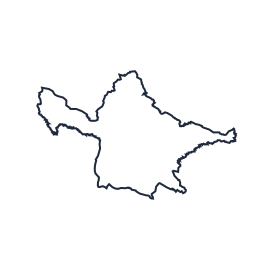 outline of Kumphawapi, Udon Thani, Thailand, rotated 128°
{"feature_id": "78962969B78626790944286", "entity_name": "Kumphawapi", "entity_type": "district", "adm_level": 2, "iso_a3": "THA", "parent_name": "Thailand", "parent_adm1": "Udon Thani", "projection": "equal_earth", "projection_center": [102.971, 17.074], "detail": "fine", "context": "isolated", "style": "outline", "palette": "slate", "viewbox_px": 256, "rotation_deg": 128, "n_neighbors": 0, "source": "geoboundaries", "source_scale": "gbopen_adm2", "svg_char_len": 5779}
<svg xmlns="http://www.w3.org/2000/svg" viewBox="0 0 256 256"><g transform="rotate(128 128 128)"><path d="M171.7,206.4L171.7,205.7L171.3,205.5L171.2,205.1L171.9,204.6L171.4,204.7L171.3,203.9L171.5,203.8L171.3,203.4L172.0,201.9L171.4,201.2L171.3,200.3L171.6,200.2L171.8,199.2L172.5,198.8L171.9,198.5L171.8,197.5L172.1,197.7L172.1,197.3L172.8,196.9L172.3,196.8L172.5,195.7L173.3,195.7L173.2,193.5L173.5,193.9L173.7,193.2L174.1,193.3L174.9,193.9L175.4,193.1L175.0,192.6L175.6,191.9L176.4,192.3L175.7,191.3L176.0,190.5L176.0,189.1L176.8,188.3L176.6,187.6L177.0,186.9L177.2,185.4L177.9,185.5L177.9,184.8L177.3,184.1L177.8,183.5L178.2,183.7L178.1,182.9L178.4,183.2L178.7,182.8L178.3,182.7L178.1,181.8L177.7,181.5L177.9,182.7L176.9,182.9L177.3,180.6L176.9,180.0L176.6,180.3L176.8,181.1L176.5,181.0L175.9,181.9L175.6,181.8L176.0,181.4L175.2,180.8L173.9,181.5L172.3,184.6L171.3,184.4L170.8,183.6L170.0,184.1L167.8,183.5L167.7,184.0L166.8,183.9L166.5,183.0L165.5,182.1L166.0,180.1L164.9,179.5L164.5,180.1L164.1,179.5L164.0,178.5L164.5,177.6L164.1,176.6L164.7,175.9L164.1,175.6L164.3,174.7L163.2,174.6L163.8,173.9L163.5,173.5L163.0,173.7L163.2,172.7L162.6,172.8L162.5,171.4L162.2,171.5L162.4,171.9L162.0,172.3L161.7,171.6L161.0,171.4L161.4,170.1L160.2,168.7L160.5,167.6L159.9,167.1L160.0,166.1L160.2,166.5L160.7,166.1L160.3,164.9L161.0,164.0L160.5,162.6L160.9,159.7L159.6,158.6L159.5,156.8L159.0,157.4L158.5,156.9L157.7,157.3L158.0,157.0L157.5,156.0L157.8,155.1L157.5,154.9L157.7,154.3L157.1,153.9L157.4,153.8L157.1,153.3L156.8,154.0L156.1,153.5L156.0,154.0L155.8,153.2L154.9,152.6L154.8,152.2L155.7,151.0L155.0,149.4L155.3,149.2L155.0,148.8L155.3,148.8L155.0,148.1L155.3,147.8L154.8,147.0L154.7,145.3L153.9,144.8L153.8,144.2L155.0,143.3L154.8,142.4L158.2,140.5L161.3,137.4L168.4,134.5L172.7,134.0L173.1,133.1L176.8,131.5L180.1,129.5L182.6,127.4L183.9,125.4L184.8,120.5L187.1,119.0L189.3,118.2L191.7,116.5L192.6,115.3L192.4,114.4L189.4,112.0L188.8,109.9L188.7,107.8L187.0,108.4L183.9,108.3L184.2,103.8L183.5,100.7L182.1,98.4L179.5,96.5L177.0,92.9L175.6,91.9L175.3,91.1L174.8,91.1L174.5,90.0L174.3,90.0L174.2,88.9L173.9,88.7L174.3,86.9L172.5,83.5L172.9,82.5L172.4,78.2L169.8,72.1L168.6,70.1L168.6,69.1L169.3,67.4L169.0,66.0L168.2,64.8L166.9,66.3L166.6,67.6L165.4,68.7L161.1,67.5L156.8,69.7L152.8,69.6L151.9,69.0L150.9,60.9L149.9,56.5L149.0,56.1L149.1,55.3L148.3,55.3L148.2,53.2L148.6,53.1L148.5,51.5L148.7,51.0L146.4,51.0L146.3,47.4L144.7,46.8L145.5,44.5L143.7,43.6L142.3,43.6L141.2,44.3L141.0,46.0L140.3,46.8L141.0,49.0L141.0,50.9L141.3,51.6L139.1,53.1L137.4,55.5L138.1,56.4L137.7,57.4L137.1,61.8L134.6,66.1L133.9,65.9L133.8,65.1L133.2,64.8L131.7,61.5L128.3,63.8L125.6,63.4L124.6,64.4L124.9,66.1L124.5,66.7L125.0,67.3L124.6,67.1L124.6,67.6L123.5,68.0L123.3,67.6L123.1,68.2L122.7,67.8L122.3,68.3L122.0,67.9L121.7,68.1L121.6,67.4L121.0,68.5L120.8,68.3L121.0,68.0L120.6,68.0L120.1,67.3L119.1,67.5L118.9,66.7L117.9,66.8L117.6,66.2L117.0,66.9L116.8,65.7L115.6,64.8L115.0,65.1L114.0,65.0L113.4,66.0L113.2,65.6L112.7,65.7L112.9,65.2L112.5,65.2L112.3,64.4L112.1,65.5L111.6,65.3L111.5,64.7L110.4,65.1L110.4,64.6L109.8,64.8L108.8,64.0L108.8,63.5L108.2,62.9L107.4,63.1L105.5,61.0L104.3,62.4L103.6,62.4L103.5,62.0L103.2,62.5L102.4,62.1L102.5,61.8L101.7,61.9L101.1,60.8L101.1,61.6L100.2,61.1L99.5,60.6L99.3,59.9L98.6,59.9L98.4,60.5L98.0,60.3L98.0,61.2L97.8,60.7L97.7,61.1L97.4,60.7L97.1,60.9L96.9,60.3L96.2,60.5L95.3,60.0L95.4,59.3L95.0,59.5L94.2,58.3L94.1,58.7L93.8,58.7L93.7,57.5L93.2,57.3L93.0,56.4L92.1,55.9L91.8,55.1L90.8,56.5L89.8,56.1L89.7,54.2L88.7,52.7L88.7,52.1L88.1,52.3L87.6,51.4L85.7,51.4L85.0,50.5L83.3,49.6L82.5,49.8L81.1,48.0L81.3,46.2L78.9,44.4L79.2,43.4L78.6,42.7L78.9,42.4L77.2,38.8L74.9,38.8L74.5,37.6L74.2,37.2L73.8,37.6L72.7,35.8L72.2,35.5L71.9,36.4L71.4,36.4L71.6,37.0L71.0,37.3L70.7,38.5L69.6,37.7L67.1,38.5L67.0,39.3L67.3,40.0L67.0,40.1L66.8,40.7L66.2,40.2L66.2,41.6L65.0,41.9L64.3,42.7L64.3,43.6L63.5,43.7L63.4,44.4L65.6,44.9L68.5,46.5L72.9,46.6L73.9,47.5L74.4,48.5L74.4,49.2L75.2,49.9L75.7,52.3L75.2,53.3L78.9,58.0L79.2,63.1L81.2,68.7L81.4,70.9L80.9,71.1L81.9,74.4L83.2,76.9L84.3,82.2L84.6,82.4L85.4,82.0L85.8,82.6L86.0,82.3L86.3,83.4L87.1,83.5L87.3,83.0L88.5,83.4L89.4,85.7L89.7,85.4L90.1,85.7L90.3,85.2L90.6,85.5L90.9,85.0L91.6,85.2L91.7,85.9L92.5,85.7L93.2,87.0L93.8,87.0L94.5,88.2L92.8,90.3L91.1,90.4L90.5,91.8L90.7,93.3L91.3,94.2L91.1,95.3L91.6,96.8L91.2,97.5L91.7,98.6L91.3,101.1L92.0,106.3L92.9,108.5L95.0,109.2L96.1,110.2L96.3,111.2L95.7,113.0L95.0,112.9L94.9,114.5L94.4,115.8L95.3,122.1L94.6,122.1L94.3,123.2L91.6,122.4L91.5,123.8L90.4,124.5L90.2,126.1L90.7,126.5L90.5,128.7L91.6,133.0L91.1,135.4L91.3,136.1L92.0,136.6L90.7,136.7L90.3,135.7L89.4,134.7L88.9,134.8L88.9,136.3L87.3,138.8L86.7,140.8L85.0,143.1L84.8,144.3L83.8,144.9L83.6,145.5L81.7,147.7L82.4,152.0L80.4,153.4L79.4,155.6L79.0,157.5L82.5,161.0L83.1,160.6L84.6,161.7L88.8,162.6L88.5,163.6L89.8,164.1L91.2,167.6L93.9,163.7L95.1,164.2L96.1,165.8L98.6,165.8L101.4,166.8L102.4,166.1L103.5,164.6L104.7,164.9L105.0,163.8L106.6,161.7L107.7,162.3L108.6,163.7L110.3,163.6L111.7,165.9L114.9,165.2L117.0,166.0L118.2,165.2L122.1,164.2L122.5,163.1L123.1,162.6L126.8,161.6L131.6,163.1L134.4,163.1L134.8,161.6L137.6,159.9L138.1,158.1L138.9,158.1L140.2,157.0L141.6,157.6L142.8,158.6L145.2,161.8L145.5,163.1L145.3,163.8L144.2,164.1L144.6,166.1L144.0,166.2L143.9,168.1L142.8,168.3L142.6,169.1L143.1,174.6L144.8,180.3L148.4,185.1L148.0,186.8L148.2,190.6L144.2,193.5L143.9,197.7L146.1,203.1L146.7,205.7L146.5,207.2L145.3,210.0L146.0,214.4L149.2,220.5L149.8,219.6L151.9,218.2L155.2,219.5L155.9,218.0L157.0,218.2L158.6,216.8L159.2,215.0L161.1,212.8L162.2,212.2L162.3,211.7L163.1,211.6L164.8,213.6L166.5,213.0L167.6,210.1L168.5,209.4L169.6,207.6L171.1,207.5L171.7,206.4Z" fill="none" stroke="#1e293b" stroke-width="2"/></g></svg>